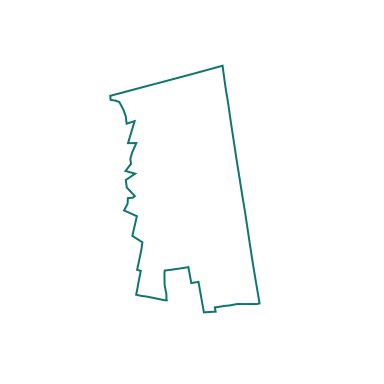 Montgomery, Pennsylvania, United States of America, rotated 43°
{"feature_id": "52423323B27696847619377", "entity_name": "Montgomery", "entity_type": "district", "adm_level": 2, "iso_a3": "USA", "parent_name": "United States of America", "parent_adm1": "Pennsylvania", "projection": "albers", "projection_center": [-75.324, 40.212], "detail": "fine", "context": "isolated", "style": "outline", "palette": "teal", "viewbox_px": 384, "rotation_deg": 43, "n_neighbors": 0, "source": "geoboundaries", "source_scale": "gbopen_adm2", "svg_char_len": 1173}
<svg xmlns="http://www.w3.org/2000/svg" viewBox="0 0 384 384"><g transform="rotate(43 192 192)"><path d="M128.2,78.8L117.2,96.7L113.7,102.4L88.0,143.3L66.6,177.4L69.6,180.1L74.2,177.1L77.5,175.8L85.5,178.5L91.9,181.8L97.6,186.6L101.7,179.3L111.9,199.9L117.9,194.2L121.4,204.2L124.3,209.8L128.2,213.0L129.0,222.0L137.9,217.4L135.4,228.3L141.2,233.2L153.0,234.0L152.6,236.5L149.3,240.2L152.9,244.5L154.9,251.8L168.2,247.3L178.3,264.8L190.0,262.6L194.3,268.7L202.0,281.4L204.9,286.3L208.3,284.6L215.2,295.7L217.4,299.0L221.2,305.2L225.9,302.5L230.4,299.2L231.0,298.9L235.6,296.0L239.3,293.8L245.5,290.0L246.3,289.4L246.7,289.0L247.3,288.5L247.1,288.4L242.7,284.0L235.5,278.8L227.4,270.4L225.6,268.1L230.1,262.7L238.1,252.7L240.6,249.4L253.6,259.1L258.0,253.3L267.2,260.2L271.7,263.6L282.2,271.5L282.8,271.9L285.4,269.1L290.9,263.4L287.4,260.8L289.8,257.9L292.7,254.1L296.8,249.4L301.5,243.0L303.0,241.6L304.8,240.0L315.4,230.2L317.4,227.5L312.2,223.4L296.7,211.6L283.5,201.4L272.2,192.5L267.0,188.4L244.0,170.1L233.4,162.0L199.8,135.8L198.0,134.4L192.9,130.3L174.9,116.1L171.9,113.7L159.0,103.3L145.0,92.5L128.2,78.8Z" fill="none" stroke="#0f766e" stroke-width="2"/></g></svg>